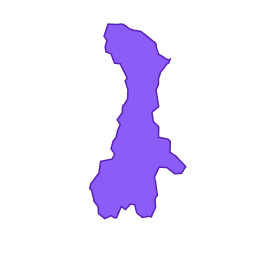 Etim Ekpo, Akwa Ibom, Nigeria, rotated 120°
{"feature_id": "59680162B44584437839531", "entity_name": "Etim Ekpo", "entity_type": "district", "adm_level": 2, "iso_a3": "NGA", "parent_name": "Nigeria", "parent_adm1": "Akwa Ibom", "projection": "albers", "projection_center": [7.577, 4.957], "detail": "fine", "context": "isolated", "style": "filled", "palette": "violet", "viewbox_px": 256, "rotation_deg": 120, "n_neighbors": 0, "source": "geoboundaries", "source_scale": "gbopen_adm2", "svg_char_len": 1498}
<svg xmlns="http://www.w3.org/2000/svg" viewBox="0 0 256 256"><g transform="rotate(120 128 128)"><path d="M132.6,58.7L128.3,72.7L128.3,74.3L128.0,79.5L118.7,84.5L117.6,87.6L120.7,97.0L111.6,102.0L109.7,109.4L102.3,115.2L94.2,112.1L81.7,122.2L81.3,122.7L75.0,123.4L70.4,126.1L63.4,127.7L52.9,126.3L51.2,125.2L47.4,125.9L48.7,126.5L49.2,130.4L48.8,133.0L48.8,136.0L48.8,137.7L48.0,139.5L46.3,141.2L45.4,142.5L43.3,144.3L42.0,145.1L40.7,146.5L40.7,146.8L39.7,153.0L39.2,156.4L38.7,159.5L38.0,164.8L37.9,165.1L38.8,167.2L39.2,169.0L40.1,170.7L40.6,172.4L40.8,173.3L41.0,174.6L41.5,176.3L41.1,178.0L40.7,181.5L40.7,184.1L41.6,186.3L43.3,188.4L44.2,190.1L45.0,191.4L45.9,193.2L46.8,194.9L47.7,196.6L48.1,197.3L60.5,194.6L62.6,190.1L69.2,188.3L73.1,185.2L72.3,179.7L78.6,172.1L76.3,166.9L85.2,153.6L88.7,154.0L94.7,147.3L103.1,142.9L107.4,143.0L109.7,143.0L111.0,143.7L113.4,142.8L117.5,140.7L126.3,141.5L129.0,136.5L132.6,136.1L135.4,135.7L142.0,133.7L146.7,134.3L154.4,132.3L157.4,126.3L162.9,126.3L170.6,135.0L181.6,130.7L195.1,132.3L199.5,131.0L200.3,128.2L202.7,126.0L207.2,121.6L208.4,121.1L211.0,114.6L216.9,110.7L218.1,102.7L212.6,99.0L212.4,94.1L211.1,93.1L199.3,94.6L199.9,89.5L192.3,87.6L191.1,83.5L193.4,81.6L196.8,78.3L197.6,75.9L197.7,73.9L198.3,71.1L198.1,70.7L194.1,65.8L193.3,63.3L187.4,64.2L183.2,64.3L176.0,69.1L173.1,69.3L171.8,68.8L161.7,76.7L160.2,77.9L157.5,80.5L146.3,81.5L142.8,74.4L144.3,64.6L140.5,59.0L132.6,58.7Z" fill="#8b5cf6" stroke="#5b21b6" stroke-width="1.5"/></g></svg>